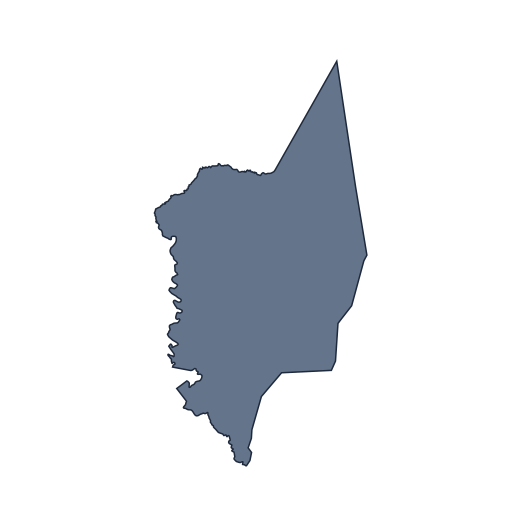 the district of San Pedro Sula, Cortés, Honduras, rotated 102°
{"feature_id": "27666195B7809661399251", "entity_name": "San Pedro Sula", "entity_type": "district", "adm_level": 2, "iso_a3": "HND", "parent_name": "Honduras", "parent_adm1": "Cortés", "projection": "robinson", "projection_center": [-88.073, 15.5], "detail": "fine", "context": "isolated", "style": "filled", "palette": "slate", "viewbox_px": 512, "rotation_deg": 102, "n_neighbors": 0, "source": "geoboundaries", "source_scale": "gbopen_adm2", "svg_char_len": 6158}
<svg xmlns="http://www.w3.org/2000/svg" viewBox="0 0 512 512"><g transform="rotate(102 256 256)"><path d="M463.1,221.7L457.3,219.4L449.1,219.5L445.3,223.8L435.3,222.6L426.8,223.9L392.3,221.5L364.9,206.7L352.2,158.5L342.3,156.4L304.9,161.8L300.0,159.5L284.8,152.1L238.3,149.5L232.1,147.7L167.6,173.0L48.7,217.5L167.7,255.1L169.8,256.0L171.8,258.4L172.4,259.8L172.7,261.5L173.7,263.3L173.8,264.2L173.1,265.9L173.1,266.5L173.7,267.0L174.1,267.5L175.0,267.9L176.0,268.1L176.4,268.6L176.1,270.0L176.1,271.7L175.8,272.1L174.6,272.9L174.5,273.3L174.5,273.6L175.1,274.3L174.3,274.7L174.4,275.1L175.0,276.0L174.9,276.3L174.4,276.8L174.7,277.8L174.7,278.2L174.3,278.7L173.4,279.2L173.3,279.5L173.5,279.9L174.2,280.2L174.4,280.6L173.7,281.9L173.7,282.2L174.4,282.8L175.4,282.9L175.7,283.7L176.2,284.1L176.2,284.3L175.6,284.6L175.5,284.9L176.2,285.7L176.2,287.2L177.3,289.0L177.4,289.7L177.2,290.7L176.0,291.7L175.3,292.8L175.9,294.8L176.0,295.7L176.0,296.5L175.3,298.0L174.4,298.7L172.8,302.2L172.9,302.9L173.6,303.3L173.5,304.0L173.9,305.1L173.9,305.8L174.7,306.8L174.7,307.7L175.0,308.4L174.8,309.3L173.7,310.6L173.4,311.6L173.6,311.9L174.1,312.1L175.2,312.0L175.6,312.3L176.1,313.4L176.7,315.8L176.9,317.2L177.5,318.0L178.9,318.7L178.2,319.9L178.2,320.4L178.3,320.7L179.4,321.4L179.8,322.0L179.8,322.3L179.4,323.4L179.7,324.1L180.3,324.0L180.5,324.2L180.6,324.8L180.4,325.7L180.9,326.1L180.6,326.6L181.7,326.4L182.3,326.8L182.4,327.3L181.8,328.4L182.0,328.7L182.7,329.1L183.7,329.2L185.1,329.0L185.8,329.5L188.4,330.2L190.3,329.9L191.4,330.5L192.3,330.7L193.1,331.6L194.9,332.4L197.7,334.1L199.5,334.7L200.6,336.3L201.8,336.0L202.7,336.7L203.9,336.2L204.3,336.3L204.8,337.2L205.3,337.4L206.0,337.3L206.4,337.5L206.6,338.0L206.6,339.2L207.3,340.0L207.6,339.9L208.0,339.4L208.5,339.1L209.3,339.1L209.6,339.5L210.4,341.8L211.8,343.5L212.0,344.5L212.4,345.2L212.5,347.1L212.7,348.0L213.0,348.7L214.5,350.1L214.4,351.1L214.6,351.5L215.3,351.8L216.2,351.3L216.8,351.3L218.9,352.7L220.5,353.1L221.8,355.0L222.8,356.2L223.2,356.1L223.4,355.5L223.7,355.5L223.9,355.7L224.2,356.1L224.5,357.7L224.8,358.3L226.2,358.7L226.9,359.7L227.9,359.8L229.0,361.6L230.1,362.8L230.6,363.7L231.6,363.8L232.0,364.0L232.6,363.8L234.8,364.3L235.5,364.1L235.7,363.6L236.0,363.4L237.5,363.1L238.7,361.9L240.0,361.8L241.9,360.9L242.8,361.0L242.5,360.3L242.7,360.1L243.3,360.1L243.6,359.9L244.1,360.2L244.4,358.7L245.5,357.4L246.0,357.2L248.0,357.4L249.1,356.9L249.7,356.2L250.5,353.9L251.1,353.4L253.0,352.3L254.6,352.0L255.7,351.3L256.7,347.6L256.9,346.0L257.6,344.5L257.7,343.4L257.7,342.8L257.4,342.5L256.8,342.4L256.1,342.7L255.0,342.6L254.4,342.2L254.1,341.7L253.7,340.1L253.7,338.8L254.1,338.2L255.6,337.5L258.0,337.2L259.8,337.5L261.3,338.1L263.6,339.3L265.8,340.9L268.2,341.2L269.0,341.1L270.6,340.4L272.1,339.3L273.7,336.8L275.7,336.0L276.6,335.2L277.9,332.8L279.1,331.5L279.6,331.5L280.2,331.6L280.7,332.1L281.2,333.2L281.9,333.5L282.4,333.5L284.5,332.8L286.8,332.3L287.7,331.9L288.6,330.9L289.2,329.6L290.5,328.8L290.9,329.2L291.1,329.7L291.5,330.2L293.3,331.9L294.0,333.1L295.1,333.4L296.4,333.5L297.6,332.7L298.2,332.0L299.2,330.3L299.8,328.1L300.6,326.8L301.0,326.7L301.8,326.9L303.2,327.6L304.1,328.3L304.8,328.9L304.9,329.5L304.7,332.6L304.9,333.2L306.1,333.8L307.5,334.0L308.6,332.9L310.2,330.5L311.8,325.8L312.8,324.1L313.8,321.0L314.2,320.3L314.9,320.0L315.6,320.0L316.3,320.3L316.9,321.0L317.2,321.9L317.2,322.8L316.2,326.1L316.5,326.8L316.8,327.1L317.5,327.3L318.1,327.3L318.8,326.9L321.1,324.9L322.6,323.2L323.4,322.6L323.6,321.7L323.6,320.5L324.4,317.4L324.6,317.0L325.2,316.8L326.3,316.9L327.3,317.8L327.7,318.9L327.4,320.7L327.9,321.3L328.5,321.6L331.8,321.8L332.8,321.7L333.6,321.4L334.1,320.8L334.3,319.9L334.1,319.4L333.6,318.8L333.5,318.0L334.2,317.3L334.7,317.3L336.8,318.2L337.3,318.5L337.8,319.0L338.6,321.7L339.0,322.6L340.1,323.8L341.2,325.6L342.4,326.2L343.6,325.9L345.6,324.8L346.0,324.7L347.9,325.5L349.0,325.5L350.8,326.3L351.2,326.2L352.7,324.9L353.4,324.1L355.6,320.1L356.7,316.7L357.6,314.6L358.0,314.1L358.5,313.8L359.0,313.9L359.6,314.4L360.4,315.7L362.7,318.6L362.6,319.2L361.1,319.5L360.1,320.5L359.9,321.0L360.1,321.4L362.2,322.5L362.5,322.5L365.4,319.5L368.4,316.1L369.2,315.6L370.4,315.4L371.3,315.4L371.6,315.9L371.0,317.3L371.0,319.4L370.3,321.0L370.6,321.6L371.1,321.6L371.8,321.0L372.9,319.4L373.8,318.5L374.5,317.3L376.4,316.9L378.3,315.9L378.2,315.4L377.4,314.9L377.1,314.2L377.2,313.6L377.7,313.1L378.2,312.9L378.8,312.9L380.0,314.3L382.0,314.5L381.6,296.2L381.3,295.2L380.8,294.5L378.8,292.5L378.8,291.9L378.9,291.5L379.1,291.1L380.2,290.8L380.7,290.3L381.0,289.9L381.1,288.9L381.4,288.5L381.8,288.5L383.0,288.8L383.7,288.6L383.8,288.0L383.2,286.1L383.2,285.7L383.9,284.3L384.5,283.9L385.4,283.8L386.8,283.8L388.4,284.3L389.3,284.7L390.0,285.5L390.9,287.7L391.8,288.9L392.1,289.1L393.4,289.4L394.0,289.7L394.7,290.3L396.2,292.2L396.6,292.4L397.3,292.6L397.9,293.0L398.3,293.9L398.1,294.2L394.4,294.8L393.7,295.3L393.2,296.0L393.1,296.4L392.8,296.7L392.6,297.7L402.1,306.0L412.5,293.8L413.1,293.8L414.1,294.0L415.7,294.0L416.2,294.1L418.4,295.3L419.1,295.5L419.5,295.4L419.8,295.0L419.8,292.9L420.4,291.1L420.4,289.8L420.1,288.2L420.3,286.9L421.2,285.6L423.9,283.0L424.5,282.0L424.7,281.3L424.5,280.3L424.2,279.5L422.1,277.2L421.8,276.4L420.8,275.1L420.7,274.7L420.8,273.1L420.3,272.2L419.3,271.2L419.2,270.7L419.6,270.4L421.3,270.0L422.6,268.9L424.3,268.1L426.4,266.3L428.2,266.0L429.3,264.6L430.3,264.0L430.9,262.4L432.1,262.0L432.7,261.3L433.9,259.4L436.4,256.1L436.8,253.5L437.0,251.5L438.3,250.2L438.2,249.8L437.5,248.8L437.4,248.3L437.5,247.9L438.5,247.3L438.7,247.0L438.6,246.6L437.9,246.3L437.4,245.6L437.5,245.1L438.1,244.6L440.8,243.2L441.4,243.0L441.7,243.0L442.6,244.0L443.3,244.1L444.0,244.0L444.6,243.6L445.0,243.1L445.8,240.6L446.0,240.3L447.6,240.5L448.6,240.4L448.9,239.9L449.4,238.4L449.7,238.2L450.1,238.2L451.0,239.1L451.3,239.2L451.6,239.1L452.0,238.5L452.3,236.9L452.9,236.5L456.7,235.0L458.5,235.4L459.0,235.3L459.5,234.9L461.1,232.5L461.4,229.5L461.3,228.4L460.2,226.9L460.0,226.2L460.6,225.9L462.4,225.9L462.7,225.8L462.6,223.9L463.3,222.3L463.1,221.7Z" fill="#64748b" stroke="#1e293b" stroke-width="1.5"/></g></svg>